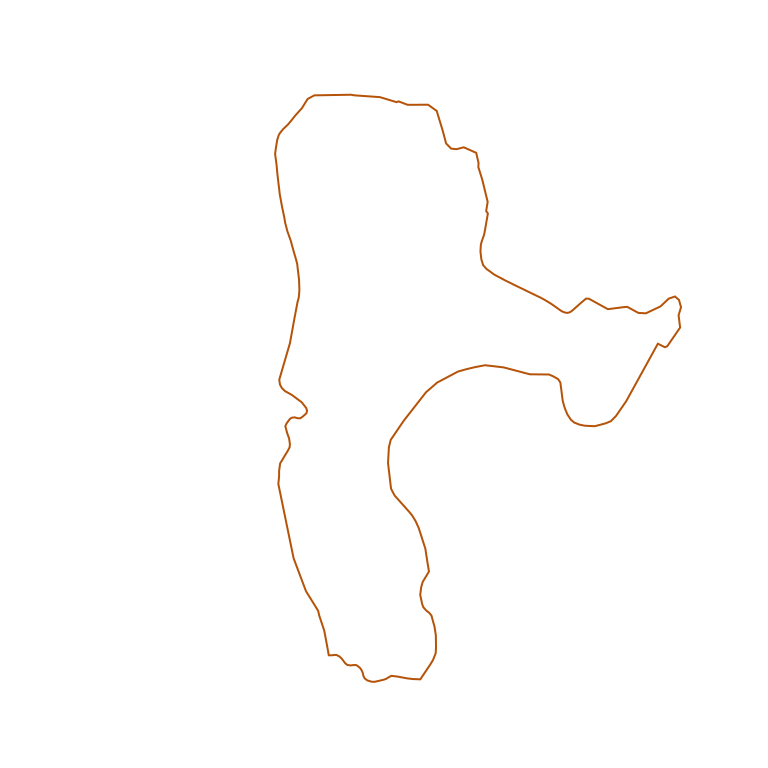 San Pedro Sacatepéquez, San Marcos, Guatemala (Albers equal-area conic projection), rotated 32°
{"feature_id": "79465075B62908040243136", "entity_name": "San Pedro Sacatepéquez", "entity_type": "district", "adm_level": 2, "iso_a3": "GTM", "parent_name": "Guatemala", "parent_adm1": "San Marcos", "projection": "albers", "projection_center": [-91.752, 14.957], "detail": "fine", "context": "isolated", "style": "outline", "palette": "amber", "viewbox_px": 768, "rotation_deg": 32, "n_neighbors": 0, "source": "geoboundaries", "source_scale": "gbopen_adm2", "svg_char_len": 2709}
<svg xmlns="http://www.w3.org/2000/svg" viewBox="0 0 768 768"><g transform="rotate(32 384 384)"><path d="M571.3,615.2L571.9,596.8L571.8,591.9L570.5,584.9L567.5,579.5L561.1,569.6L555.4,563.0L546.9,555.2L543.6,554.1L539.8,553.7L535.5,552.4L532.9,550.3L526.5,543.7L523.2,536.6L521.7,531.3L521.5,519.2L514.2,510.9L506.4,501.8L489.6,487.6L483.2,483.4L478.0,480.8L473.9,479.3L452.2,473.0L445.5,469.1L429.3,448.9L421.7,435.1L419.3,427.8L420.2,404.7L424.0,368.7L428.3,354.7L440.1,334.3L446.0,327.8L452.1,321.6L459.8,314.5L476.7,306.5L502.5,298.5L518.9,288.5L523.8,287.8L529.0,287.6L532.8,289.3L544.6,303.7L549.9,308.5L555.6,312.6L561.3,315.2L565.6,315.9L571.2,314.9L576.1,313.1L581.6,310.1L585.1,308.1L588.9,304.1L592.9,299.8L596.1,295.3L597.7,288.1L598.5,270.2L594.9,204.7L602.6,204.0L604.2,201.9L605.2,179.2L597.4,169.6L595.2,161.5L589.6,156.4L584.4,155.6L580.3,160.6L577.3,171.8L568.6,185.3L562.1,188.9L549.3,189.7L546.3,192.0L534.2,201.9L512.6,203.1L510.1,204.5L508.0,210.9L506.8,215.0L505.3,220.1L504.4,223.1L503.0,225.4L501.4,226.8L498.5,227.8L495.9,228.1L493.4,228.0L489.2,227.7L483.1,227.4L476.2,227.5L470.9,227.8L464.8,228.5L456.3,229.4L444.3,230.7L432.5,231.9L419.6,232.8L409.8,232.1L405.0,230.6L400.5,226.7L395.5,220.4L392.4,214.7L391.3,211.3L389.8,204.4L388.1,200.0L381.7,184.3L379.0,183.2L375.4,174.6L359.0,158.6L349.0,150.0L347.1,146.5L339.7,139.1L326.2,141.0L321.0,146.5L316.2,148.8L309.2,147.1L299.6,138.1L284.0,124.5L273.4,123.8L256.1,134.7L246.6,136.6L245.4,138.3L228.5,142.9L206.1,154.8L202.7,156.2L172.0,176.1L168.2,182.7L168.2,193.7L166.4,203.8L166.0,207.8L165.5,211.6L165.1,214.6L164.4,217.4L163.4,221.2L162.8,225.9L162.8,228.4L164.1,233.6L167.2,241.0L169.8,246.7L176.3,254.5L182.7,262.9L187.5,268.9L195.2,278.5L203.6,287.7L211.1,295.5L214.8,299.7L221.4,305.9L228.9,311.8L235.8,318.2L243.3,324.9L246.8,328.2L249.3,331.4L256.4,340.2L262.5,349.2L265.9,355.8L267.2,360.2L273.3,375.9L282.6,399.2L292.9,435.9L296.2,439.7L299.4,441.5L303.7,442.5L311.4,442.1L323.9,443.1L330.8,445.6L332.9,447.4L333.7,449.9L332.5,454.3L331.2,457.4L329.1,458.7L326.0,459.6L323.9,461.2L322.8,463.1L322.5,465.4L322.3,469.3L322.7,472.1L328.1,477.1L332.5,480.6L336.1,484.9L337.5,487.7L337.8,491.8L338.0,506.4L341.1,513.3L343.8,517.6L347.4,524.8L399.7,579.7L427.7,601.1L448.3,611.2L451.8,614.7L464.1,624.9L475.6,637.4L480.9,643.3L483.8,641.5L485.6,640.0L487.3,639.0L490.4,638.7L493.3,639.2L495.8,640.1L499.1,641.4L501.8,641.7L504.9,640.3L506.6,638.9L509.0,637.2L511.2,637.1L514.1,637.5L516.5,638.5L519.0,640.2L521.4,642.6L523.6,643.9L526.9,644.2L531.1,643.1L533.8,641.6L540.6,634.8L542.2,632.7L543.1,630.7L544.9,627.6L550.4,625.0L559.3,621.5L564.7,619.0L571.3,615.2Z" fill="none" stroke="#b45309" stroke-width="2"/></g></svg>